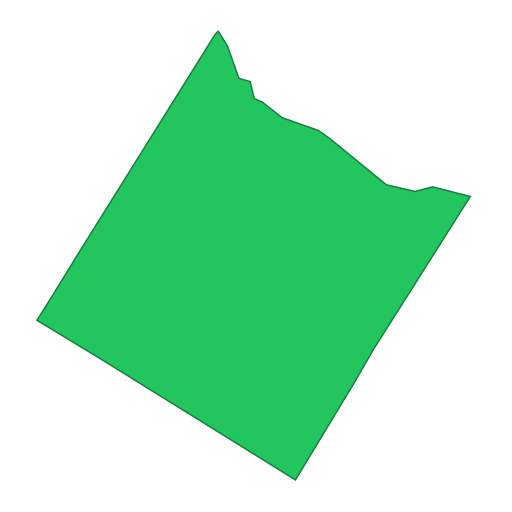 the district of Richland, Wisconsin, United States of America, rotated 212°
{"feature_id": "52423323B47110038275791", "entity_name": "Richland", "entity_type": "district", "adm_level": 2, "iso_a3": "USA", "parent_name": "United States of America", "parent_adm1": "Wisconsin", "projection": "orthographic", "projection_center": [-90.361, 43.36], "detail": "fine", "context": "isolated", "style": "filled", "palette": "green", "viewbox_px": 512, "rotation_deg": 212, "n_neighbors": 0, "source": "geoboundaries", "source_scale": "gbopen_adm2", "svg_char_len": 490}
<svg xmlns="http://www.w3.org/2000/svg" viewBox="0 0 512 512"><g transform="rotate(212 256 256)"><path d="M332.3,86.4L256.1,86.6L103.9,87.0L105.5,200.5L106.9,238.5L105.8,420.0L142.9,408.2L155.5,394.9L183.2,385.5L256.8,394.8L269.6,395.5L307.3,387.1L332.6,389.9L340.9,388.5L353.3,400.8L364.6,397.6L391.5,419.0L407.2,426.6L408.1,422.4L408.0,238.2L408.0,161.9L407.7,123.7L407.6,113.3L407.7,109.6L407.6,104.7L407.7,85.4L332.3,86.4Z" fill="#22c55e" stroke="#15803d" stroke-width="1.5"/></g></svg>